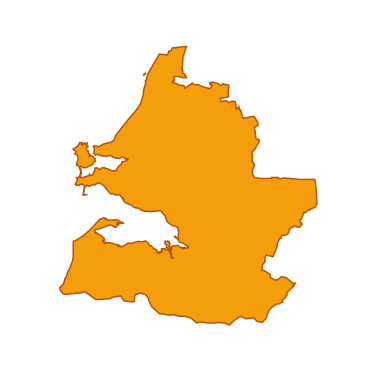 the district of Tralee Lea-7, Kerry, Ireland, rotated 18°
{"feature_id": "5873133B69138340953371", "entity_name": "Tralee Lea-7", "entity_type": "district", "adm_level": 2, "iso_a3": "IRL", "parent_name": "Ireland", "parent_adm1": "Kerry", "projection": "albers", "projection_center": [-9.78, 52.294], "detail": "fine", "context": "isolated", "style": "filled", "palette": "amber", "viewbox_px": 384, "rotation_deg": 18, "n_neighbors": 0, "source": "geoboundaries", "source_scale": "gbopen_adm2", "svg_char_len": 5970}
<svg xmlns="http://www.w3.org/2000/svg" viewBox="0 0 384 384"><g transform="rotate(18 192 192)"><path d="M118.3,71.0L113.4,93.7L114.0,99.3L113.3,100.5L114.3,103.1L114.5,110.1L115.6,114.4L115.8,121.6L115.4,125.2L114.1,130.1L108.5,143.9L101.9,161.9L102.0,166.4L100.1,169.3L92.8,173.9L89.2,177.9L86.6,177.8L84.3,178.6L84.1,179.4L85.5,180.6L86.3,182.4L86.5,185.6L88.7,186.7L90.4,185.4L95.9,185.4L100.1,184.3L103.0,182.3L105.8,183.3L108.8,183.3L113.0,182.5L114.4,180.4L117.0,180.1L118.7,181.3L120.1,180.3L121.4,180.6L120.4,180.8L120.6,181.4L119.6,182.9L116.2,184.8L116.1,187.4L114.0,190.7L113.2,195.2L109.9,196.4L101.0,196.0L98.7,197.0L97.7,198.8L96.8,199.4L94.8,198.3L93.0,198.7L92.3,199.5L92.9,202.6L92.4,203.7L92.4,205.9L91.8,206.8L90.6,207.5L89.2,206.8L89.2,207.9L83.9,211.9L80.3,213.0L81.2,211.5L80.8,210.0L81.1,208.5L79.2,204.5L77.1,202.7L79.0,201.8L81.9,202.3L83.9,201.6L87.4,197.7L88.6,197.3L89.4,193.9L90.7,192.8L89.9,191.8L89.7,190.3L88.2,190.1L87.6,189.0L84.4,188.6L84.0,189.4L82.9,189.4L83.1,187.9L81.2,186.6L81.1,185.2L79.1,184.9L77.7,183.1L79.2,180.7L77.5,179.8L77.2,178.2L76.8,179.2L75.9,178.6L75.9,179.5L74.5,178.8L73.4,181.0L72.8,181.0L72.6,180.2L72.4,180.5L72.3,179.1L69.8,179.8L69.5,182.9L65.8,188.0L67.1,188.9L68.9,189.0L69.5,190.3L68.7,192.0L71.3,192.0L72.9,194.5L73.6,196.5L73.4,200.6L73.9,201.5L73.2,202.4L74.3,201.7L76.7,202.9L79.8,206.7L80.3,209.0L80.2,211.6L78.8,214.0L77.9,214.1L78.8,214.8L79.1,217.2L78.6,220.8L79.7,221.4L81.9,220.7L84.9,218.3L87.9,219.3L89.5,228.8L93.4,226.6L90.6,227.9L89.4,227.0L88.5,219.9L89.5,219.4L90.0,218.0L92.7,218.3L95.3,215.7L97.5,215.4L98.9,213.2L101.4,211.9L105.7,213.1L115.1,218.9L117.1,218.0L120.1,218.5L124.0,217.1L127.7,219.2L127.3,219.2L130.3,222.0L131.9,222.7L138.2,223.2L142.3,224.6L146.6,223.9L148.5,224.8L152.8,224.9L158.6,223.5L167.8,219.4L173.6,223.0L177.6,228.0L183.6,230.0L186.2,229.6L189.5,230.4L191.6,234.2L192.9,239.3L192.5,240.4L189.5,239.3L189.3,240.0L194.0,241.5L194.4,242.7L195.5,243.4L199.5,243.6L205.5,245.2L205.6,246.5L200.5,247.8L201.9,248.6L201.2,249.0L195.1,247.2L189.4,249.9L189.5,251.7L190.5,253.3L189.8,255.4L191.7,257.1L191.6,258.9L192.9,260.2L194.4,260.4L194.2,260.9L193.2,261.1L191.4,259.1L191.0,257.4L189.5,256.4L188.7,253.1L187.9,253.7L188.0,255.0L184.6,254.4L184.2,255.1L183.4,254.5L180.7,255.3L180.6,256.0L181.7,257.2L179.2,259.4L180.7,259.1L179.6,260.1L180.4,259.8L180.0,260.5L180.5,260.7L179.1,260.3L178.8,259.7L178.3,260.1L177.3,259.9L177.8,259.6L177.3,259.6L176.6,258.1L172.4,257.4L169.9,255.7L168.6,256.1L165.9,253.9L162.8,253.0L159.9,254.8L155.9,255.7L150.2,259.6L147.2,260.2L142.3,265.9L139.5,265.5L139.3,266.5L138.2,266.1L138.6,265.1L133.6,265.6L132.6,265.2L131.9,265.9L130.3,265.5L126.7,266.5L125.8,267.3L125.6,266.8L125.3,268.1L124.6,268.2L123.4,267.1L122.4,267.6L123.5,266.4L122.9,266.3L121.4,265.5L123.5,266.0L123.5,264.4L122.5,263.1L118.6,261.3L115.8,261.1L115.3,260.4L113.3,261.0L113.6,260.4L111.8,259.9L111.5,257.8L114.9,256.0L123.2,249.3L125.6,248.3L129.9,249.4L131.1,248.3L130.7,245.8L133.2,246.2L130.7,245.1L130.5,244.1L132.3,244.3L133.7,243.3L134.5,243.8L137.0,242.5L134.8,242.7L129.4,241.5L120.7,244.9L118.1,244.5L118.9,244.1L118.5,243.8L116.1,243.8L112.8,246.3L106.4,260.1L102.5,266.6L96.6,273.9L94.3,275.6L98.8,289.5L99.7,293.8L99.3,303.3L98.4,306.4L98.9,309.4L98.0,314.1L98.2,318.9L95.8,323.9L97.2,326.3L101.0,328.7L103.9,328.2L118.4,321.8L120.8,319.9L133.8,324.0L147.2,318.8L149.2,316.5L156.2,312.9L159.8,315.7L162.0,316.4L169.5,314.9L170.8,313.9L169.6,307.4L174.0,304.1L178.8,303.9L181.1,304.9L183.3,306.4L185.3,309.6L189.4,313.6L198.4,317.7L209.0,316.0L211.3,314.6L219.7,313.9L223.3,312.4L229.9,312.2L236.7,315.0L241.7,312.5L246.2,312.0L253.9,309.7L257.4,307.9L263.2,306.7L268.6,306.9L272.6,300.0L276.6,295.1L282.6,295.9L289.4,292.6L293.7,294.9L299.1,294.4L301.3,289.9L301.5,286.0L301.0,284.9L301.7,283.3L301.6,281.6L303.7,276.4L307.0,272.6L310.1,271.0L310.7,269.9L312.4,268.6L310.9,266.8L311.7,266.5L313.6,263.5L313.2,262.0L314.2,261.2L313.5,258.5L316.6,251.8L317.1,251.9L317.2,249.6L317.9,249.7L318.2,246.8L316.3,247.7L308.5,244.6L303.3,244.8L300.4,249.2L297.9,250.0L293.2,249.1L292.4,247.0L290.4,245.8L286.1,244.7L283.5,244.4L282.6,245.0L281.7,240.8L281.8,238.5L283.1,235.6L281.7,232.3L282.0,229.1L289.2,228.4L289.1,224.4L289.7,223.1L289.5,218.8L289.8,218.2L289.0,214.3L289.6,210.7L290.3,208.4L290.9,208.3L290.5,205.8L294.3,204.0L296.0,202.3L296.5,200.3L295.9,198.9L296.6,197.6L296.4,196.5L299.0,193.9L299.7,192.4L302.8,192.8L305.3,192.2L306.6,188.3L303.5,186.5L302.8,185.4L304.3,184.2L304.8,176.5L305.5,177.0L307.1,175.6L307.3,174.3L308.9,172.5L309.8,172.8L310.5,171.0L313.7,168.7L314.5,164.6L308.8,150.0L304.9,142.1L290.3,146.8L275.3,150.1L271.1,152.5L269.4,151.6L263.2,153.6L263.4,154.5L261.4,155.2L253.1,157.9L246.9,159.0L243.7,155.6L242.5,152.3L243.2,150.0L242.9,146.7L241.1,145.1L240.3,145.2L238.9,141.8L239.1,140.8L238.1,139.3L238.4,138.6L236.6,135.7L238.3,132.6L240.4,122.7L239.1,121.3L236.1,121.5L233.6,115.2L231.2,111.3L234.2,108.0L233.1,105.6L228.2,101.3L227.0,101.0L218.3,105.9L216.8,105.1L213.2,99.2L212.2,99.3L210.1,96.3L209.7,97.8L208.4,99.3L205.3,92.7L202.1,93.2L199.4,95.7L196.6,94.5L191.4,97.1L190.0,94.1L197.3,90.3L195.4,85.0L194.2,79.2L187.8,79.4L187.2,81.3L185.9,81.6L182.3,80.7L177.0,81.3L176.8,82.2L175.4,82.3L175.2,83.3L175.7,84.1L178.2,84.2L177.3,88.0L176.6,88.2L170.3,88.6L164.6,87.9L160.8,89.2L158.4,88.3L158.0,89.6L153.0,95.4L151.5,93.4L146.5,94.3L143.0,93.7L139.7,94.0L139.4,92.3L140.8,91.8L139.3,87.7L142.6,86.5L147.9,86.2L151.3,84.9L150.0,83.3L148.9,83.3L148.6,82.0L146.2,81.7L145.5,80.1L145.9,79.6L143.8,77.5L144.6,77.4L141.4,65.3L141.8,64.7L141.6,55.3L128.6,61.2L128.5,63.8L126.4,65.3L126.4,68.7L125.8,69.3L118.3,71.0ZM186.3,253.0L188.3,252.3L187.7,250.8L186.8,250.4L187.1,248.4L186.6,247.4L185.8,247.6L185.8,246.7L184.4,246.1L181.7,247.2L182.3,248.0L182.0,249.3L184.1,250.3L184.7,252.5L186.3,253.0ZM111.2,93.1L110.1,94.1L109.9,95.4L110.2,95.8L111.2,93.1Z" fill="#f59e0b" stroke="#b45309" stroke-width="1.5"/></g></svg>